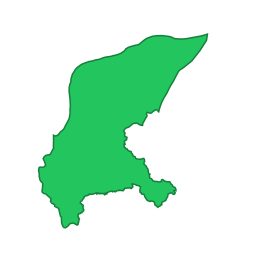 the district of Viengxay, Houaphan, Laos, rotated 78°
{"feature_id": "54806243B54136616884271", "entity_name": "Viengxay", "entity_type": "district", "adm_level": 2, "iso_a3": "LAO", "parent_name": "Laos", "parent_adm1": "Houaphan", "projection": "equal_earth", "projection_center": [104.544, 20.388], "detail": "fine", "context": "isolated", "style": "filled", "palette": "green", "viewbox_px": 256, "rotation_deg": 78, "n_neighbors": 0, "source": "geoboundaries", "source_scale": "gbopen_adm2", "svg_char_len": 6007}
<svg xmlns="http://www.w3.org/2000/svg" viewBox="0 0 256 256"><g transform="rotate(78 128 128)"><path d="M52.7,30.8L52.9,33.2L53.2,37.3L52.8,51.3L52.6,54.0L52.2,56.6L51.7,58.8L50.4,63.6L47.8,67.1L46.9,69.0L44.6,75.9L43.8,80.2L43.4,84.8L44.0,89.8L44.5,91.8L45.9,95.0L48.3,99.4L48.7,100.8L48.6,104.6L49.2,111.3L49.6,112.0L50.2,113.8L51.0,114.5L51.8,115.4L52.5,117.0L53.5,119.7L54.1,123.0L54.2,128.4L54.4,129.7L54.0,135.2L54.2,138.0L54.8,141.2L54.7,145.7L55.0,148.9L54.9,152.3L55.5,157.1L55.9,159.0L55.9,159.7L57.6,163.7L58.1,164.8L59.2,166.5L60.4,167.9L62.5,169.8L63.6,171.0L64.9,171.8L68.3,173.6L70.8,174.2L73.4,175.9L75.9,177.0L79.9,178.0L87.6,178.7L93.8,179.7L95.3,180.0L98.9,181.2L100.1,181.2L102.2,181.8L106.4,183.5L109.1,185.6L113.4,189.3L115.3,190.7L116.0,191.5L117.1,193.2L117.5,194.6L118.5,195.7L119.4,196.9L120.2,197.4L120.3,198.4L120.6,199.2L120.7,199.8L120.7,200.7L120.2,201.7L119.6,202.4L124.4,203.3L128.3,204.3L130.6,204.8L132.2,205.0L135.7,208.0L137.7,209.6L137.7,214.0L138.7,216.0L140.4,217.4L142.7,216.8L145.6,216.4L147.6,216.4L148.6,218.4L148.6,220.3L147.9,222.1L148.2,223.1L149.4,223.7L151.3,224.4L154.1,224.3L156.9,224.9L160.5,224.9L162.1,224.4L163.2,223.4L164.9,223.0L169.8,224.4L171.3,225.2L173.2,225.2L174.7,223.7L175.2,222.3L180.1,218.8L180.7,218.1L181.5,218.2L183.8,219.1L185.7,218.2L186.6,217.1L187.8,215.8L189.5,215.9L192.2,212.6L200.2,212.4L201.0,211.7L207.4,212.7L210.7,212.1L212.1,211.3L212.6,209.8L212.0,208.4L211.2,206.7L209.6,204.9L209.5,201.6L210.3,200.2L210.9,199.7L212.3,198.1L212.3,197.4L211.9,197.2L211.6,196.7L210.8,196.5L210.3,196.1L210.1,196.2L209.3,195.6L208.7,195.5L207.5,195.0L206.8,194.4L206.2,194.6L205.6,195.1L204.9,195.0L204.6,195.3L204.1,195.1L203.2,195.2L202.2,194.4L201.8,194.4L201.8,193.7L201.6,192.9L201.7,192.4L201.2,192.0L201.3,190.8L200.9,190.4L200.5,190.3L200.4,189.6L200.0,189.1L199.8,188.6L198.8,188.3L198.0,188.6L197.3,188.7L197.0,188.5L196.5,188.6L196.1,188.5L195.3,188.4L195.1,187.9L194.9,187.9L193.7,188.2L192.9,189.3L192.3,189.4L191.7,190.2L190.6,190.1L189.8,189.0L189.7,188.2L188.7,187.6L188.5,187.2L187.8,186.4L187.4,186.3L187.1,185.5L186.3,185.1L185.7,184.3L185.7,183.8L185.5,183.2L185.7,182.4L185.4,180.7L185.3,180.4L185.0,180.0L184.6,179.8L184.5,179.5L185.1,178.7L185.4,176.4L185.1,175.6L185.3,174.7L185.0,172.8L184.9,172.1L185.3,172.0L186.1,172.1L185.4,170.3L185.5,170.2L185.9,170.2L186.0,169.7L186.3,170.0L186.4,169.9L186.4,168.6L186.7,167.7L186.6,167.2L186.9,166.6L186.8,166.1L186.9,165.7L187.2,165.2L187.8,165.2L188.4,164.8L188.5,164.7L188.1,164.1L188.1,163.6L187.3,163.8L187.3,163.5L187.9,163.0L188.0,162.3L187.7,162.2L187.0,162.8L186.9,162.0L187.1,161.7L186.9,161.3L186.6,160.9L186.6,160.2L186.4,159.0L186.3,157.4L186.6,156.5L186.7,156.4L187.2,156.4L187.3,156.2L186.9,155.6L186.9,154.8L187.0,154.6L187.8,154.0L187.6,152.9L187.0,151.7L187.1,150.9L187.3,150.4L187.3,149.6L187.0,149.2L187.2,148.8L187.4,148.7L187.5,148.5L187.8,147.2L188.1,146.7L188.3,146.0L188.3,145.8L187.9,145.6L187.6,145.1L187.5,144.5L186.6,144.2L186.4,143.9L186.5,141.9L187.0,138.3L187.5,138.1L187.9,137.5L187.8,137.1L187.2,136.8L186.9,135.8L186.7,135.6L186.2,135.4L183.6,135.7L184.4,133.3L185.2,132.1L185.9,131.6L186.2,130.5L186.5,129.8L188.0,128.1L188.3,128.1L191.4,129.4L192.4,129.5L193.6,129.5L194.0,129.1L194.2,128.6L194.6,128.4L195.4,128.3L195.7,128.0L196.1,126.5L196.3,126.2L196.7,126.0L199.1,125.8L199.6,125.4L200.9,125.2L201.5,124.7L202.1,124.6L202.5,124.4L203.2,123.7L203.6,123.0L204.2,122.4L204.4,121.7L204.4,121.3L204.2,120.6L204.5,120.0L204.6,119.4L204.8,119.0L205.6,117.9L207.0,117.6L208.4,117.6L209.4,117.3L209.6,117.1L209.7,116.5L209.9,116.3L210.9,116.0L211.8,115.2L211.1,113.9L211.0,112.9L210.2,111.9L210.3,111.5L210.2,111.2L210.0,110.8L209.5,110.7L208.3,110.6L207.8,110.3L207.5,109.9L207.4,108.9L207.3,108.1L206.9,107.3L206.9,106.4L206.7,106.1L205.7,105.5L204.4,104.5L203.5,103.6L201.0,102.5L200.8,102.2L200.4,99.8L200.4,98.9L200.6,98.7L201.6,98.1L202.4,97.4L202.4,96.8L202.3,96.3L201.9,95.8L201.3,95.3L199.9,96.0L198.9,96.2L198.9,95.6L199.3,94.1L197.6,93.9L196.0,94.4L195.7,94.6L195.0,95.7L194.5,96.2L193.2,96.5L192.7,96.7L191.4,97.7L189.3,98.3L189.2,98.4L188.8,100.7L187.6,103.3L186.7,103.8L185.6,104.8L185.6,105.7L185.8,106.1L187.1,106.3L187.3,106.5L187.2,107.3L187.3,108.1L187.2,108.9L186.3,110.9L185.9,112.6L184.8,114.6L183.2,115.2L182.5,115.6L181.6,116.9L181.0,117.2L180.2,116.9L179.4,117.0L178.9,117.0L177.8,116.1L177.6,116.1L177.3,117.0L177.0,117.2L175.0,117.2L174.3,117.0L171.9,117.2L170.4,118.0L169.7,117.9L168.4,118.5L168.0,119.0L167.5,119.3L166.7,119.8L165.4,119.7L165.0,119.5L164.6,118.9L164.2,118.7L162.1,118.5L161.4,118.7L161.1,119.0L160.9,119.5L161.2,121.9L161.1,122.6L160.9,122.9L160.9,123.5L160.4,125.3L159.4,126.7L158.7,127.0L157.8,126.9L157.3,127.5L156.9,128.0L156.7,128.6L156.4,128.8L154.6,129.0L153.9,129.3L153.2,129.9L152.9,130.0L152.2,129.7L151.7,129.9L151.4,130.2L151.0,131.3L150.1,132.5L149.1,132.9L148.7,133.2L148.3,133.2L148.2,133.4L148.1,133.9L147.7,134.4L146.6,134.8L145.7,135.6L144.9,135.4L143.9,135.6L143.4,135.1L143.4,134.2L143.2,134.1L142.6,134.4L142.5,134.8L142.3,134.8L141.9,134.4L140.9,134.3L140.5,134.1L139.8,133.7L139.5,133.3L139.5,132.3L139.2,131.8L138.8,131.7L138.1,131.7L137.4,131.0L137.1,130.9L136.9,130.9L136.7,131.2L135.6,132.8L135.2,133.0L134.4,132.7L133.4,132.7L132.8,132.0L131.7,132.1L130.3,132.9L129.8,132.7L129.1,132.0L127.9,130.6L127.7,130.1L127.2,127.1L127.0,126.3L126.4,125.4L125.8,124.0L125.0,123.0L124.7,122.2L124.8,120.4L125.0,119.8L125.0,118.7L125.2,117.9L126.6,116.8L126.9,116.2L127.8,115.3L128.1,114.5L128.5,113.4L128.5,113.2L128.1,113.0L127.3,113.2L127.0,112.7L125.9,112.1L124.9,111.0L122.5,109.1L121.2,107.7L120.5,107.1L119.4,106.8L117.9,107.0L116.7,106.1L116.7,105.9L118.1,103.3L118.2,102.4L118.0,101.7L116.5,98.9L116.0,97.3L116.0,96.6L116.5,95.9L118.5,94.6L114.7,92.7L109.9,89.7L105.8,86.4L102.3,83.0L97.4,79.2L95.3,77.4L91.8,74.0L86.4,69.6L83.5,67.1L82.5,66.0L81.6,64.2L80.9,62.1L75.7,51.7L67.1,41.4L58.6,33.0L52.7,30.8Z" fill="#22c55e" stroke="#15803d" stroke-width="1.5"/></g></svg>